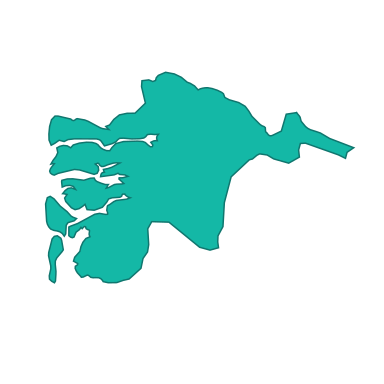 outline of Rivers, rotated 100°
{"feature_id": "NGA-2844", "entity_name": "Rivers", "entity_type": "State", "adm_level": 1, "iso_a3": "NGA", "parent_name": "Nigeria", "parent_adm1": "", "projection": "natural_earth1", "projection_center": [6.981, 5.031], "detail": "fine", "context": "isolated", "style": "filled", "palette": "teal", "viewbox_px": 384, "rotation_deg": 100, "n_neighbors": 0, "source": "natural_earth", "source_scale": "10m", "svg_char_len": 4599}
<svg xmlns="http://www.w3.org/2000/svg" viewBox="0 0 384 384"><g transform="rotate(100 192 192)"><path d="M295.7,263.9L294.6,264.8L293.2,266.8L292.6,268.9L293.1,272.2L293.6,274.6L293.6,276.8L292.1,279.4L292.0,280.7L294.6,284.3L295.2,286.2L294.6,286.7L291.5,290.8L289.7,292.4L287.5,293.8L285.4,294.0L283.6,292.1L282.3,292.1L280.7,296.7L276.6,296.2L270.0,292.1L265.3,291.9L260.4,290.7L256.2,288.4L253.8,284.7L252.6,285.5L251.4,286.0L247.9,286.2L247.3,286.8L247.1,288.4L246.5,289.9L244.7,290.8L244.7,292.1L245.9,293.0L247.2,293.8L246.1,295.2L248.5,296.2L251.7,299.2L256.9,300.4L257.8,301.9L257.5,303.8L256.4,305.7L247.9,307.2L247.0,306.1L242.8,299.0L230.8,283.9L229.1,279.4L229.1,273.4L228.6,271.3L227.4,271.3L224.7,272.8L220.6,272.9L220.0,272.6L218.4,270.6L215.0,267.3L213.5,265.1L210.4,255.1L208.4,251.8L208.1,253.9L207.2,256.0L206.2,257.5L205.7,257.8L206.2,260.0L207.2,260.4L208.5,260.6L209.7,262.1L211.6,269.7L213.3,272.9L216.8,274.2L222.6,277.6L226.9,285.1L227.6,292.3L222.7,295.2L225.1,297.2L228.0,300.3L229.7,304.1L228.5,308.0L223.3,314.7L220.1,316.4L216.1,314.6L216.0,318.0L216.1,319.1L212.6,317.2L210.0,314.8L208.9,311.5L209.7,307.2L207.1,309.8L206.7,313.5L207.7,317.4L209.7,320.7L204.5,322.2L203.1,322.2L200.8,317.1L199.7,311.6L199.2,300.5L196.1,294.5L195.2,290.8L197.3,289.2L198.2,287.4L199.1,283.3L199.7,278.8L199.2,275.7L200.2,276.2L201.9,276.6L203.1,277.1L201.9,274.6L198.1,269.7L197.3,267.3L196.3,262.6L195.5,260.6L191.9,266.2L190.7,266.2L190.0,262.6L187.7,257.8L186.8,261.1L187.3,266.3L186.4,268.1L188.6,271.6L192.8,284.7L190.8,284.7L189.5,284.4L188.5,283.6L187.7,281.7L187.0,282.3L185.2,283.2L183.5,278.9L181.5,275.2L176.0,268.1L176.4,271.8L177.3,274.7L180.0,280.0L181.5,282.3L182.2,283.7L182.6,285.4L181.8,287.3L180.5,288.4L179.9,289.7L181.3,292.1L183.2,288.8L186.7,287.7L190.1,288.7L191.6,291.5L189.8,306.6L190.2,311.7L196.9,327.1L199.3,330.6L199.0,332.7L197.9,334.8L196.1,335.8L193.6,335.4L191.5,334.4L188.0,332.5L188.1,333.5L188.4,334.5L189.0,335.8L184.9,334.3L180.7,332.1L176.5,331.0L172.1,332.8L170.0,330.2L168.5,326.8L168.2,322.9L169.5,319.1L166.3,317.1L163.4,311.4L161.3,304.5L160.5,299.0L160.9,295.0L161.8,292.8L163.1,291.3L164.5,289.2L165.4,287.0L166.1,283.4L165.6,280.1L162.4,278.7L157.6,275.5L154.2,268.2L151.4,254.6L150.8,249.3L151.4,246.5L153.4,243.4L154.7,240.8L154.2,238.9L152.5,238.7L150.2,241.2L148.4,238.7L147.8,237.1L147.5,235.1L145.8,236.0L144.3,236.3L142.7,236.0L141.0,235.1L141.9,238.8L142.2,242.7L143.2,245.9L145.6,247.2L147.2,248.8L148.6,252.7L150.2,260.6L150.9,268.8L151.7,272.6L153.4,274.2L155.8,275.7L158.3,279.1L161.8,286.2L157.6,290.4L156.6,292.1L156.3,295.2L160.0,316.8L161.9,323.2L164.5,326.7L164.1,331.8L167.9,335.6L170.4,338.8L165.7,341.8L159.7,343.0L152.2,343.6L145.2,342.9L141.0,340.1L140.5,337.0L141.2,324.1L142.1,322.5L142.3,321.4L141.9,320.3L140.1,318.6L139.7,317.7L139.7,310.1L140.4,306.6L144.7,293.5L145.1,291.1L144.9,284.7L142.4,288.3L140.3,284.8L134.1,281.6L128.7,276.9L125.8,269.7L124.3,261.8L112.6,253.3L97.0,260.0L91.1,260.6L89.1,254.0L90.0,249.8L88.5,247.3L85.6,247.0L83.0,245.4L78.7,238.8L78.8,229.9L80.9,222.4L84.7,215.8L85.3,212.6L87.1,207.9L90.4,203.7L88.9,201.7L87.9,199.5L87.1,197.1L86.6,194.7L86.6,190.2L87.4,184.7L88.7,180.1L89.8,178.1L93.2,176.1L94.7,171.5L95.8,161.5L98.4,154.5L102.5,150.1L107.1,146.1L113.5,137.0L114.6,134.7L115.1,132.3L115.9,131.0L119.5,130.1L120.3,129.4L120.6,128.7L122.4,126.8L123.0,125.6L123.0,124.1L122.5,123.0L121.9,122.1L116.5,114.6L99.0,112.7L95.8,103.2L95.5,102.8L96.6,101.8L98.5,99.5L99.6,98.5L103.0,97.0L104.0,96.1L107.8,91.6L109.2,89.1L110.1,86.3L110.9,80.3L111.6,75.8L115.4,65.7L120.3,40.4L126.0,46.2L132.2,46.7L130.0,54.3L124.2,88.8L125.4,93.7L132.1,94.3L139.0,92.3L146.8,101.8L145.2,117.3L142.5,124.4L142.7,132.0L144.5,134.4L149.0,138.2L150.3,141.1L170.3,156.1L196.9,158.3L220.7,155.5L230.7,158.8L236.7,158.0L242.3,156.2L246.1,164.2L245.1,174.9L225.7,209.5L228.2,226.5L235.9,229.2L251.4,225.5L258.8,225.4L266.0,228.7L276.0,229.0L288.6,238.8L290.9,244.3L294.3,250.4L295.9,258.7L295.7,263.9ZM246.6,310.1L255.2,309.1L257.7,310.1L255.4,312.5L254.2,315.1L253.8,318.0L253.8,321.4L253.0,324.8L251.2,327.0L248.7,328.9L246.0,330.1L229.2,334.1L222.7,333.5L220.9,330.9L222.7,326.7L228.8,319.3L233.0,311.7L236.7,306.9L237.5,304.8L238.2,301.1L240.8,303.0L243.7,308.8L246.6,310.1ZM297.1,311.7L303.4,311.0L305.3,311.7L304.3,314.6L302.6,317.2L299.3,318.0L292.1,317.7L289.2,318.3L279.7,322.2L276.5,322.6L262.5,321.6L259.6,319.9L258.5,317.0L260.3,313.1L262.2,312.0L271.3,308.7L273.5,309.7L280.3,313.7L283.6,314.6L287.0,314.1L293.8,312.2L297.1,311.7Z" fill="#14b8a6" stroke="#0f766e" stroke-width="1.5"/></g></svg>